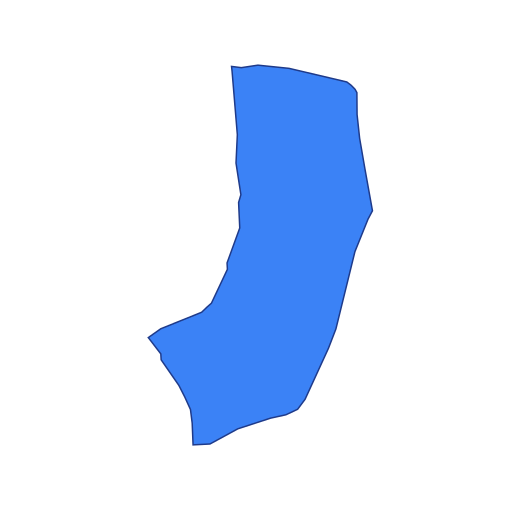 San Mateo, Quezaltenango, Guatemala (Robinson projection), rotated 28°
{"feature_id": "79465075B40376522775505", "entity_name": "San Mateo", "entity_type": "district", "adm_level": 2, "iso_a3": "GTM", "parent_name": "Guatemala", "parent_adm1": "Quezaltenango", "projection": "robinson", "projection_center": [-91.588, 14.843], "detail": "fine", "context": "isolated", "style": "filled", "palette": "blue", "viewbox_px": 512, "rotation_deg": 28, "n_neighbors": 0, "source": "geoboundaries", "source_scale": "gbopen_adm2", "svg_char_len": 678}
<svg xmlns="http://www.w3.org/2000/svg" viewBox="0 0 512 512"><g transform="rotate(28 256 256)"><path d="M199.2,378.6L217.9,387.1L221.0,392.2L248.7,406.5L259.4,414.0L270.2,422.3L278.1,433.5L289.1,452.3L303.6,443.6L321.1,417.1L344.9,392.4L356.9,382.2L364.7,371.8L366.6,359.5L363.3,303.5L360.8,282.9L341.3,205.7L337.6,170.8L337.6,161.4L311.4,128.1L292.3,103.5L278.8,83.6L268.4,64.4L265.2,62.3L259.9,60.6L254.5,59.7L197.1,74.8L168.1,86.6L154.6,96.6L145.4,100.1L148.0,103.9L182.6,157.7L194.7,183.3L213.9,209.0L215.5,216.9L228.5,238.9L233.7,275.7L237.0,281.2L238.8,318.6L236.8,323.9L234.4,331.2L206.1,364.9L199.2,378.6Z" fill="#3b82f6" stroke="#1e3a8a" stroke-width="1.5"/></g></svg>